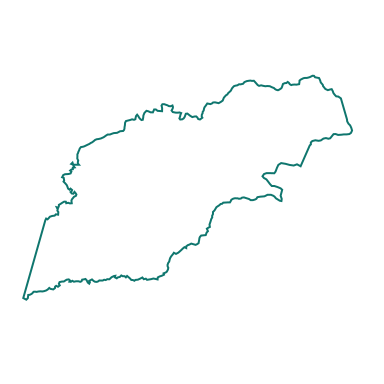 Itapirapuã, Goiás, Brazil, rotated 281°
{"feature_id": "56859067B49967436038382", "entity_name": "Itapirapuã", "entity_type": "district", "adm_level": 2, "iso_a3": "BRA", "parent_name": "Brazil", "parent_adm1": "Goiás", "projection": "robinson", "projection_center": [-50.766, -15.739], "detail": "fine", "context": "isolated", "style": "outline", "palette": "teal", "viewbox_px": 384, "rotation_deg": 281, "n_neighbors": 0, "source": "geoboundaries", "source_scale": "gbopen_adm2", "svg_char_len": 5693}
<svg xmlns="http://www.w3.org/2000/svg" viewBox="0 0 384 384"><g transform="rotate(281 192 192)"><path d="M55.7,46.6L54.7,49.9L56.5,51.1L59.7,50.9L60.1,52.3L61.3,53.9L62.3,54.7L63.8,55.5L64.2,56.9L64.3,58.6L65.0,60.1L65.6,62.2L65.8,64.0L66.4,65.6L67.5,67.6L68.8,69.0L70.6,70.2L69.9,71.5L69.9,74.4L71.5,75.8L73.0,75.7L74.0,76.6L73.4,78.5L75.1,80.0L76.5,78.8L78.3,79.2L79.3,81.5L79.7,83.3L80.9,84.5L82.0,85.7L82.7,87.7L81.8,89.2L80.6,88.8L80.7,90.2L82.0,91.5L81.4,93.2L82.2,95.1L82.7,97.7L82.5,99.4L83.3,100.6L85.0,100.9L85.7,102.8L86.3,104.0L85.3,105.4L83.2,107.0L82.4,108.6L83.8,109.0L85.2,108.1L87.1,110.5L85.9,112.4L85.4,113.9L85.6,115.7L86.5,117.1L87.5,117.9L87.7,119.5L88.1,121.3L89.1,122.5L89.1,124.1L90.2,125.4L90.6,127.6L93.0,129.3L94.6,131.4L95.1,132.7L93.5,132.6L92.9,134.6L93.9,135.3L94.9,137.4L96.6,138.5L96.1,140.1L96.5,141.9L95.6,143.4L97.2,144.3L95.4,147.5L94.1,149.2L94.3,150.7L93.9,152.4L94.9,153.2L95.6,155.6L97.1,157.7L98.6,159.6L97.2,161.3L98.1,163.2L97.2,164.6L97.9,166.5L98.7,168.6L99.7,170.6L99.7,172.8L99.6,174.9L101.6,174.7L102.9,176.3L104.0,178.3L105.5,180.3L106.7,179.6L108.0,181.6L109.0,182.5L111.4,183.2L113.1,183.2L114.3,182.3L115.7,181.9L117.9,182.2L119.3,182.9L121.7,183.0L123.1,183.2L124.8,183.8L127.4,185.2L128.9,185.8L128.2,188.1L129.9,190.2L132.9,192.5L134.8,193.8L136.4,195.1L135.9,197.0L137.5,196.7L139.0,198.0L139.9,199.5L141.2,201.1L140.8,205.6L141.8,207.0L143.0,208.2L146.1,208.2L148.2,208.1L149.5,208.4L151.0,209.3L152.3,213.7L155.0,214.1L156.6,215.1L158.8,213.6L160.1,214.9L161.1,216.2L163.4,215.4L166.3,215.8L169.3,216.1L170.9,216.7L172.4,216.3L174.3,216.8L176.4,216.4L178.2,217.6L181.8,218.9L183.0,220.1L184.3,221.4L185.7,222.4L186.2,223.8L187.5,224.7L188.2,227.5L188.7,229.4L189.0,231.2L190.2,231.7L191.9,232.1L193.3,233.7L194.0,235.2L194.5,238.0L194.3,239.4L194.9,241.2L196.0,242.2L196.6,244.0L196.0,249.3L195.2,251.2L195.7,253.5L196.7,255.4L197.6,256.5L199.4,257.2L200.4,259.8L201.6,264.0L203.7,266.7L204.3,270.1L203.8,272.6L203.2,273.9L201.8,275.6L200.2,279.8L200.2,281.5L202.3,281.4L205.3,279.7L211.4,280.1L212.5,278.3L213.2,274.9L213.6,271.6L213.1,269.2L214.7,267.0L216.7,264.8L218.6,262.6L219.5,259.9L220.9,258.2L223.4,259.3L224.7,261.5L225.5,265.6L226.1,269.2L227.9,270.1L230.2,270.5L232.0,270.8L235.1,271.6L237.4,274.0L237.5,278.4L237.2,282.7L237.4,286.8L239.2,289.8L238.6,291.8L238.0,293.7L260.2,298.7L261.4,299.6L263.3,299.2L265.0,300.4L266.3,303.2L266.4,306.5L267.2,308.6L269.5,310.8L270.5,313.2L270.3,315.7L271.1,317.4L275.8,319.9L276.3,321.9L275.9,324.5L276.7,327.6L277.5,330.0L278.0,332.6L278.9,335.4L280.4,336.8L282.9,337.4L285.4,336.1L287.6,334.5L288.8,332.7L289.9,331.7L291.1,330.8L292.8,330.3L312.3,320.3L313.6,317.4L313.4,315.3L314.4,313.9L315.4,312.7L316.3,311.8L317.8,311.0L319.6,309.5L319.0,308.0L317.9,305.9L318.6,303.2L320.0,301.6L320.9,300.5L322.2,299.9L324.1,297.5L326.0,296.5L328.1,295.0L328.1,293.2L328.1,290.9L329.3,289.6L329.1,288.1L327.3,285.8L326.6,284.5L325.9,283.0L325.5,281.0L324.9,279.6L323.1,277.3L321.9,276.3L320.5,276.5L318.3,276.6L317.3,274.0L317.0,271.9L316.5,270.2L315.9,269.0L316.5,267.4L317.7,266.2L318.3,264.9L317.0,263.9L316.5,262.2L315.4,260.7L312.2,260.3L310.9,259.9L309.2,258.2L308.3,257.0L308.4,255.3L308.8,254.0L309.7,252.6L310.1,250.4L310.7,248.2L310.4,245.7L309.8,243.8L309.8,241.7L309.9,239.5L309.0,237.6L309.5,236.1L310.6,234.7L312.0,232.9L313.0,231.5L312.5,229.7L312.5,228.0L311.9,226.2L311.3,224.6L309.9,222.5L308.0,221.5L307.0,219.3L306.7,217.6L305.4,216.2L304.6,214.2L303.8,212.9L301.4,211.5L298.9,210.8L297.6,209.9L295.9,208.6L294.5,208.1L293.4,206.9L290.7,205.3L287.6,204.7L286.0,203.2L284.3,201.2L284.4,197.5L283.9,195.6L282.8,194.8L281.8,193.3L281.8,190.1L279.1,188.9L277.5,188.1L276.2,187.9L274.2,187.9L272.6,187.2L271.4,187.4L269.8,186.9L268.0,187.1L266.9,188.0L264.7,186.0L264.8,184.2L266.2,183.0L267.0,181.7L266.6,180.1L265.6,178.0L266.5,175.6L268.1,172.5L267.6,171.0L264.4,170.5L262.7,169.8L261.5,168.6L260.9,166.6L261.8,165.6L263.9,165.9L265.5,165.9L267.4,166.3L267.7,164.6L267.2,163.1L266.8,161.2L266.8,157.9L268.1,156.4L270.2,157.1L271.8,157.1L273.2,156.3L272.1,154.7L271.9,152.8L272.4,151.5L272.9,147.9L272.5,146.2L271.0,145.6L269.8,146.2L268.5,146.7L265.6,147.2L265.1,142.7L266.1,140.8L265.8,139.1L262.7,138.4L262.3,136.2L262.9,133.7L263.0,131.8L260.5,130.2L257.8,129.7L255.8,129.9L253.5,129.9L253.0,128.7L254.0,126.9L255.0,125.8L256.1,124.9L257.4,123.4L255.9,122.6L254.6,122.5L252.6,122.5L251.8,121.3L251.9,119.3L250.8,117.4L249.6,114.8L249.0,113.6L247.2,113.1L244.7,113.4L242.7,113.4L241.5,113.6L240.1,113.5L238.8,112.8L237.9,109.8L235.8,107.2L234.9,104.0L234.0,102.4L232.8,100.5L232.3,98.2L230.9,96.7L229.8,95.7L228.8,94.7L228.0,93.5L227.2,92.4L226.1,90.0L225.7,88.6L224.7,87.0L223.3,85.9L221.7,84.5L220.7,83.1L219.7,82.2L218.4,80.4L216.3,77.6L215.6,76.3L214.9,74.4L213.2,73.5L211.2,73.2L209.9,72.8L208.5,72.7L207.1,72.3L205.2,72.7L203.0,73.0L201.1,74.3L199.5,74.2L198.1,74.7L197.2,75.8L196.7,73.1L196.1,70.2L194.8,70.8L193.7,72.1L193.0,70.4L191.6,70.7L191.1,69.4L189.8,68.3L189.0,69.7L187.1,69.3L186.2,67.6L185.6,65.6L185.3,64.1L184.1,62.4L181.7,61.7L181.5,63.3L180.3,63.8L178.9,64.3L177.7,63.9L176.5,65.7L174.9,67.7L173.6,68.6L171.7,69.7L170.9,71.4L172.1,72.1L171.1,73.9L169.9,73.7L168.8,72.8L167.6,74.3L167.7,75.9L169.7,76.6L168.7,77.9L167.5,79.0L166.1,78.8L164.8,77.1L161.8,75.5L160.5,75.3L158.0,76.1L157.5,74.3L157.8,72.6L157.0,70.7L158.4,70.0L158.1,68.3L156.7,66.7L155.2,65.2L154.0,63.8L152.8,64.0L151.1,63.7L151.2,62.1L149.3,63.5L148.0,63.4L146.8,64.6L144.2,64.9L144.1,62.6L142.6,61.7L141.8,59.3L140.6,57.2L138.8,56.2L137.6,55.4L138.1,53.9L136.2,53.4L55.7,46.6ZM196.1,70.2L198.0,69.1L196.5,68.1L196.1,70.2Z" fill="none" stroke="#0f766e" stroke-width="2"/></g></svg>